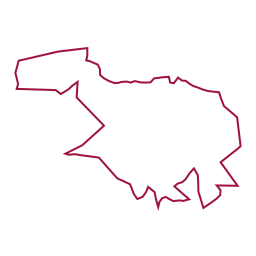 outline of Salvador do Sul, Rio Grande do Sul, Brazil
{"feature_id": "56859067B24348409477030", "entity_name": "Salvador do Sul", "entity_type": "district", "adm_level": 2, "iso_a3": "BRA", "parent_name": "Brazil", "parent_adm1": "Rio Grande do Sul", "projection": "equal_earth", "projection_center": [-51.535, -29.459], "detail": "fine", "context": "isolated", "style": "outline", "palette": "rose", "viewbox_px": 256, "rotation_deg": 0, "n_neighbors": 0, "source": "geoboundaries", "source_scale": "gbopen_adm2", "svg_char_len": 1205}
<svg xmlns="http://www.w3.org/2000/svg" viewBox="0 0 256 256"><path d="M58.0,51.6L18.7,60.7L15.4,72.8L18.1,84.1L16.7,88.9L50.0,89.9L55.7,90.1L60.8,94.0L68.6,89.3L72.2,85.8L77.6,81.9L76.7,97.5L104.0,125.7L82.3,145.2L65.4,153.7L68.8,154.7L75.0,154.2L79.6,155.0L98.9,157.6L117.2,178.3L130.1,184.3L133.9,194.1L137.4,199.0L142.7,196.8L146.2,191.8L148.1,186.9L154.6,192.1L156.0,199.3L158.2,207.1L159.5,201.8L162.0,198.3L165.7,196.9L168.8,198.8L173.3,201.1L179.3,200.4L183.3,200.9L189.2,199.3L185.3,195.9L181.8,192.9L174.4,186.4L177.5,183.7L182.4,182.1L185.7,179.1L189.6,173.2L193.9,168.4L197.8,175.1L198.2,182.4L198.4,191.6L203.4,207.9L210.9,202.8L216.7,198.6L220.2,195.1L220.5,190.1L216.7,185.4L237.6,185.8L220.6,162.2L237.4,149.0L240.6,146.2L237.1,117.3L224.0,106.1L221.4,99.5L219.0,92.3L214.7,91.8L207.9,91.0L203.1,89.6L197.7,87.5L193.0,85.9L188.9,83.3L185.6,80.8L182.0,80.6L178.1,77.6L173.7,83.3L170.2,82.6L168.8,76.8L162.3,77.3L154.1,78.4L150.5,82.3L146.4,82.6L140.8,82.4L134.6,81.1L130.9,82.6L126.8,81.6L121.6,81.9L118.2,82.9L114.5,83.1L108.5,80.8L104.0,78.3L100.2,75.1L99.8,68.9L97.8,64.6L93.7,62.9L89.9,61.2L86.2,60.4L87.3,55.8L87.3,48.1L58.0,51.6Z" fill="none" stroke="#9f1239" stroke-width="2"/></svg>